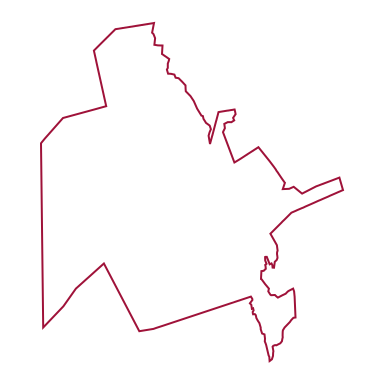 the district of San Antonio Nanahuatípam, Oaxaca, Mexico
{"feature_id": "50627088B61531802941312", "entity_name": "San Antonio Nanahuatípam", "entity_type": "district", "adm_level": 2, "iso_a3": "MEX", "parent_name": "Mexico", "parent_adm1": "Oaxaca", "projection": "equal_earth", "projection_center": [-97.129, 18.149], "detail": "fine", "context": "isolated", "style": "outline", "palette": "rose", "viewbox_px": 384, "rotation_deg": 0, "n_neighbors": 0, "source": "geoboundaries", "source_scale": "gbopen_adm2", "svg_char_len": 3122}
<svg xmlns="http://www.w3.org/2000/svg" viewBox="0 0 384 384"><path d="M343.0,190.1L339.4,177.6L331.8,180.5L316.1,186.4L302.1,193.6L301.3,193.0L301.2,192.9L297.5,189.9L297.4,189.8L293.7,186.8L289.2,188.8L287.3,188.9L282.8,189.1L284.9,182.8L284.7,182.6L284.5,182.3L281.9,178.6L280.4,176.4L278.1,173.0L278.1,172.9L276.3,170.5L276.0,169.8L274.1,167.1L272.9,165.5L269.4,160.9L258.4,147.2L248.0,153.9L240.5,158.8L234.6,162.4L234.4,162.5L223.0,132.2L223.2,131.6L224.9,128.2L224.3,123.9L227.8,122.1L228.9,122.1L231.4,122.2L233.4,120.9L234.2,120.4L233.1,117.9L234.2,116.2L234.4,116.0L234.5,115.7L235.6,114.2L235.1,111.6L234.6,109.5L233.1,109.7L232.9,109.8L231.5,110.0L227.9,110.6L227.5,110.6L219.0,112.0L218.5,112.1L218.4,112.5L217.9,114.5L216.8,118.6L216.4,120.2L216.1,121.1L212.3,135.6L212.2,135.8L210.0,144.0L208.6,135.7L209.6,132.2L210.9,129.2L209.7,125.6L205.9,122.8L205.3,121.7L203.5,118.9L202.9,116.1L202.6,116.0L201.4,115.6L197.1,108.6L193.8,101.1L190.5,96.1L185.8,91.3L185.6,88.8L185.5,85.4L182.4,82.0L178.6,78.2L175.6,77.7L174.4,74.6L170.9,73.8L168.1,73.7L166.9,69.6L167.8,67.9L167.8,63.6L168.8,60.8L168.9,60.3L169.2,59.0L162.0,54.0L162.5,45.5L158.0,45.4L154.4,44.8L155.1,38.2L153.5,34.1L152.1,32.7L154.0,23.0L153.0,23.2L115.4,29.2L101.6,42.9L93.9,50.6L96.2,61.0L96.3,61.6L106.2,106.2L104.3,106.7L94.6,109.4L63.0,118.0L44.9,138.5L42.0,142.0L41.0,143.3L43.2,327.5L63.4,306.3L75.9,288.6L103.9,263.5L139.3,331.2L153.5,328.9L156.3,327.9L162.5,325.9L250.9,296.6L252.3,298.9L252.4,300.0L249.9,303.3L251.3,304.8L251.9,308.8L253.1,308.3L253.6,310.4L252.7,311.9L252.8,313.1L253.1,314.3L254.8,314.1L255.8,315.2L256.4,318.1L258.0,321.0L259.4,323.1L260.7,327.6L260.7,329.2L262.1,333.5L264.5,334.4L265.0,338.7L264.8,341.4L265.6,343.4L266.1,344.8L268.6,355.4L269.3,356.8L269.6,361.0L271.9,359.3L273.0,355.9L273.1,353.4L273.2,352.3L273.4,351.2L272.9,348.4L272.6,346.7L273.3,345.8L275.1,345.1L276.4,345.3L277.9,344.5L280.3,343.3L281.9,341.3L282.0,340.8L282.4,338.6L282.7,337.5L282.7,337.1L282.6,335.4L282.7,331.8L282.9,330.3L284.6,327.5L289.9,322.0L291.2,320.1L293.4,317.8L295.5,317.5L294.6,296.4L294.5,295.6L294.1,291.4L293.1,288.6L288.3,291.1L286.9,292.4L286.8,292.5L285.7,293.7L282.5,295.2L277.9,297.6L276.6,296.6L274.9,295.0L271.1,295.2L270.3,294.6L268.3,291.4L268.9,288.6L265.2,284.2L261.6,279.3L261.0,279.0L261.4,271.1L263.7,270.8L264.1,270.4L264.5,270.0L265.8,268.8L265.5,265.8L265.2,265.0L266.5,263.8L265.2,260.5L265.1,257.0L265.3,256.9L266.7,256.9L266.8,256.9L269.7,264.3L271.5,263.4L272.3,265.0L272.6,267.6L274.0,267.7L274.8,261.8L276.7,260.0L277.5,257.9L277.3,255.9L277.0,254.0L277.1,252.2L277.6,250.7L276.9,245.2L270.4,233.7L274.1,230.0L276.4,227.7L276.7,227.4L278.0,226.1L278.9,225.2L280.0,224.1L281.3,222.8L282.6,221.4L284.1,220.0L285.6,218.5L288.1,216.0L290.5,213.6L291.4,212.7L295.8,210.8L296.6,210.4L298.2,209.7L300.1,208.9L301.7,208.2L303.3,207.6L305.3,206.6L307.6,205.6L310.8,204.2L314.2,202.7L318.6,200.7L320.1,200.1L321.5,199.5L322.8,198.9L324.2,198.3L325.6,197.7L327.0,197.1L328.4,196.5L329.8,195.8L335.6,193.3L338.5,192.0L340.0,191.4L341.5,190.7L343.0,190.1Z" fill="none" stroke="#9f1239" stroke-width="2"/></svg>